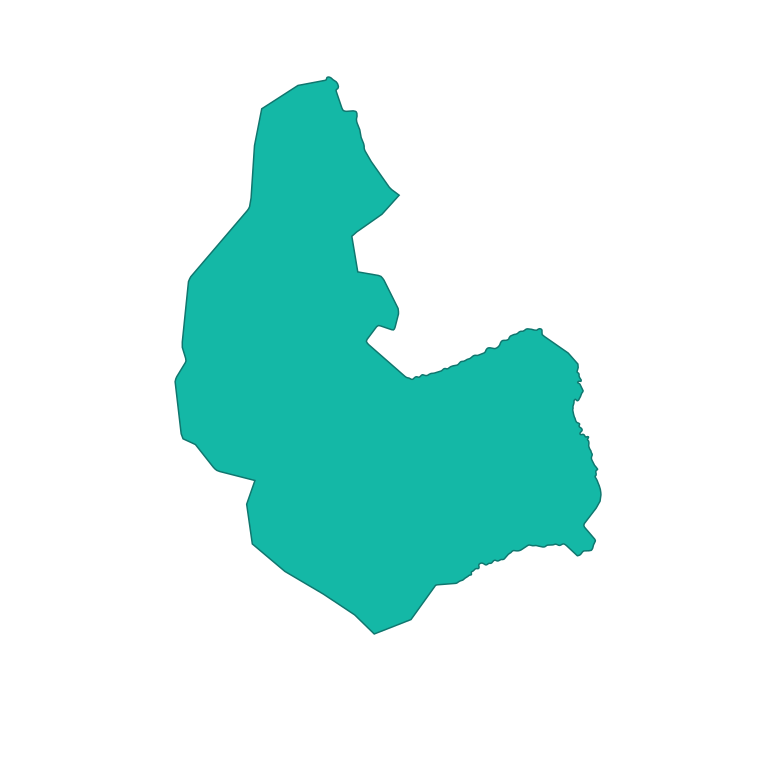 an SVG outline of Guéra, rotated 308°
{"feature_id": "TCD-1474", "entity_name": "Guéra", "entity_type": "Prefecture", "adm_level": 1, "iso_a3": "TCD", "parent_name": "Chad", "parent_adm1": "", "projection": "natural_earth1", "projection_center": [19.056, 11.461], "detail": "fine", "context": "isolated", "style": "filled", "palette": "teal", "viewbox_px": 768, "rotation_deg": 308, "n_neighbors": 0, "source": "natural_earth", "source_scale": "10m", "svg_char_len": 5859}
<svg xmlns="http://www.w3.org/2000/svg" viewBox="0 0 768 768"><g transform="rotate(308 384 384)"><path d="M176.9,378.7L204.7,349.8L228.5,341.7L213.9,308.4L213.0,305.4L213.0,302.9L213.4,300.5L220.2,272.7L219.2,268.3L217.1,259.4L219.9,254.8L257.2,218.0L259.8,216.8L262.1,216.2L278.4,214.3L280.2,213.8L282.1,211.9L288.7,202.5L292.9,199.2L344.3,166.9L347.2,166.1L349.6,165.7L436.5,169.5L438.7,169.4L441.0,168.9L448.8,164.7L492.1,135.2L525.6,118.2L566.3,132.4L587.1,150.7L587.9,151.1L588.6,151.0L589.9,150.5L590.5,150.4L591.1,150.7L591.6,151.1L592.0,151.7L592.4,152.7L592.6,154.0L592.4,156.5L592.7,160.1L592.4,161.4L591.9,162.8L590.4,164.9L589.3,165.5L588.3,165.7L587.5,165.4L586.7,165.3L585.9,165.4L585.2,166.2L575.6,180.8L574.6,182.8L574.6,184.1L574.9,185.1L575.7,186.5L580.3,191.6L581.0,193.0L581.3,193.7L581.4,194.3L581.1,195.0L580.6,196.0L578.4,197.9L576.1,199.0L575.5,199.4L575.0,199.9L573.9,201.0L573.0,202.3L569.4,208.4L564.2,214.2L560.9,219.9L559.8,221.3L558.9,222.2L558.3,222.6L557.8,223.1L557.2,223.7L556.3,225.0L555.7,226.3L551.4,237.0L542.3,267.0L541.9,270.3L542.1,279.7L516.6,277.9L487.1,268.9L480.6,267.7L456.2,294.3L466.1,312.8L466.9,315.4L466.5,317.8L465.8,320.1L452.2,348.6L450.0,350.8L448.1,352.3L435.5,357.8L433.7,358.3L432.4,358.1L431.5,356.6L427.6,345.4L426.7,343.7L425.3,343.1L424.4,342.9L408.7,343.2L406.8,343.8L406.0,345.5L405.6,347.6L402.9,396.0L403.0,397.5L403.3,398.5L404.1,400.1L404.3,401.1L404.5,402.5L405.0,403.4L405.6,403.8L408.4,404.3L409.1,404.6L409.7,405.1L410.1,405.8L410.4,406.6L410.8,407.3L411.4,407.7L412.2,407.9L413.9,408.1L414.7,408.4L415.2,408.9L415.5,409.7L416.1,411.2L416.5,411.9L417.0,412.5L417.6,412.9L418.4,413.3L419.2,413.5L420.6,414.2L421.3,414.6L423.4,416.8L429.3,420.9L429.8,421.2L432.5,421.7L433.2,422.0L433.8,422.6L434.2,423.2L434.5,424.0L435.0,424.6L435.6,425.0L438.2,425.7L438.9,426.0L440.9,427.3L443.7,429.8L444.4,430.2L445.2,430.4L447.8,430.6L448.6,430.7L449.3,431.1L449.9,431.6L450.4,432.2L450.9,432.7L452.3,433.5L454.6,434.4L456.5,435.7L457.2,436.1L458.0,436.3L460.7,436.9L461.5,437.2L462.1,437.6L462.7,438.1L464.0,440.0L464.6,440.5L470.0,443.7L470.8,443.9L471.6,444.0L474.0,443.4L474.8,443.4L475.7,443.5L476.4,443.8L477.0,444.3L477.5,444.9L478.0,445.6L479.5,448.5L479.9,449.2L480.4,449.8L481.1,450.2L481.8,450.6L483.5,451.1L485.3,451.2L486.1,451.1L488.4,450.4L489.2,450.3L490.0,450.3L490.8,450.5L491.5,450.9L492.0,451.4L493.5,453.2L494.1,453.7L494.7,454.1L495.4,454.4L496.1,454.6L496.6,454.5L497.8,454.1L498.7,454.1L499.5,454.1L500.2,454.4L501.6,455.2L502.3,455.5L503.6,456.4L504.1,457.0L504.7,457.4L505.4,457.8L506.2,458.1L507.9,458.4L508.7,458.7L509.4,459.1L510.0,459.6L510.9,460.8L511.0,460.9L512.4,461.6L514.1,462.0L514.8,462.3L515.5,462.8L516.0,463.4L518.0,466.7L518.9,468.9L519.6,470.1L520.2,471.0L520.9,471.4L521.7,471.6L522.6,472.0L523.4,472.6L524.0,473.8L524.0,474.6L523.7,475.3L521.4,477.2L520.3,478.3L520.2,481.2L521.8,510.1L519.1,524.5L516.5,526.9L512.8,528.4L512.2,529.1L512.2,529.8L512.3,530.5L511.9,531.6L510.7,532.5L510.0,533.3L509.5,534.2L508.6,536.8L507.9,537.4L507.3,537.5L506.9,536.9L506.4,536.2L505.8,535.6L504.7,535.5L504.3,536.0L504.4,536.7L504.5,537.6L504.5,538.5L501.3,545.0L500.5,545.4L499.5,545.5L498.4,545.5L494.9,546.6L493.5,546.8L491.4,547.2L490.3,547.0L489.7,546.5L489.8,545.7L489.8,545.0L489.8,544.3L489.6,544.1L489.2,544.0L488.2,543.9L487.3,544.4L486.1,545.3L485.0,545.8L483.6,546.3L482.5,546.8L481.3,547.9L480.0,548.5L479.1,549.4L476.8,552.1L475.2,554.3L474.6,555.6L473.1,557.7L472.6,558.9L472.5,560.0L473.0,561.6L473.0,562.6L472.4,563.1L471.5,563.3L470.9,563.7L470.5,564.4L470.5,565.1L470.6,566.0L470.6,567.0L470.2,568.0L469.5,568.6L468.8,568.8L466.9,568.6L465.7,568.8L465.2,569.4L465.2,570.1L465.6,570.7L466.2,571.2L466.8,571.7L467.1,572.4L467.1,573.3L466.7,574.3L466.4,575.1L466.6,575.8L467.9,576.8L468.2,577.6L467.9,578.0L467.1,578.2L466.3,578.3L465.4,578.6L465.2,579.3L465.0,580.3L464.3,581.2L463.4,582.0L461.5,583.2L460.7,584.1L460.0,585.2L459.4,586.3L458.7,588.2L457.6,589.6L457.1,590.9L456.5,591.6L455.7,592.0L454.6,592.3L453.3,593.0L452.6,593.8L452.1,594.6L449.6,599.9L449.0,602.7L448.4,604.7L447.9,604.9L447.5,604.8L447.1,604.5L446.3,604.5L445.1,605.0L443.7,606.6L442.8,607.2L442.1,607.3L441.4,607.1L440.9,607.5L440.5,608.2L439.9,609.9L439.0,611.7L438.2,613.0L436.3,616.3L434.1,619.4L432.0,621.6L430.2,623.2L424.7,626.4L416.8,627.6L397.3,627.8L395.6,628.5L394.6,630.2L391.5,645.5L390.9,646.8L390.1,647.3L386.1,648.2L383.2,649.5L381.6,649.8L380.5,649.7L378.8,648.2L375.9,644.7L375.3,644.2L374.4,643.9L373.3,643.8L371.8,643.9L370.7,643.8L369.8,643.6L368.5,642.8L368.0,642.4L367.7,642.1L367.7,641.7L369.0,627.3L369.0,625.9L368.9,624.9L368.6,624.1L368.1,623.5L367.5,623.1L366.0,622.5L365.3,622.1L364.8,621.6L364.4,620.8L364.0,619.1L363.7,618.3L363.3,617.6L361.4,616.3L360.9,615.8L357.9,612.3L357.3,611.8L356.5,611.5L355.7,611.3L354.9,611.0L354.3,610.6L353.4,609.6L351.5,605.8L350.5,603.5L350.1,602.9L349.0,601.8L348.0,600.6L347.0,598.4L346.6,597.7L346.1,597.2L345.5,596.8L337.7,594.2L336.4,593.5L335.2,592.5L334.2,591.3L332.6,588.7L331.8,588.2L330.9,587.9L329.4,587.8L326.4,586.8L320.5,586.5L319.6,586.3L319.0,585.8L318.4,585.2L317.9,584.4L315.0,583.0L314.5,582.5L314.1,581.8L313.6,580.1L313.0,579.5L312.2,579.2L309.4,579.0L308.5,578.6L307.5,577.4L306.9,576.9L305.7,576.6L304.8,576.2L304.2,575.7L303.9,574.9L303.7,573.0L303.5,572.1L303.1,571.3L302.5,570.7L301.7,570.2L300.4,569.9L299.7,570.1L299.1,570.7L298.5,571.4L297.7,572.0L297.0,572.1L296.4,571.8L295.4,570.4L294.6,569.8L291.7,569.4L290.7,569.0L289.9,568.6L289.2,568.8L287.9,570.1L287.3,570.2L286.8,569.8L286.2,569.3L285.4,568.8L284.2,568.6L280.8,567.4L278.6,567.0L277.8,566.7L275.9,565.4L274.4,564.7L272.8,564.2L271.9,563.9L271.0,563.2L259.0,550.1L258.1,549.2L257.0,548.6L215.0,550.3L181.0,530.2L184.0,503.0L181.1,465.5L175.3,421.3L176.9,378.7Z" fill="#14b8a6" stroke="#0f766e" stroke-width="1.5"/></g></svg>